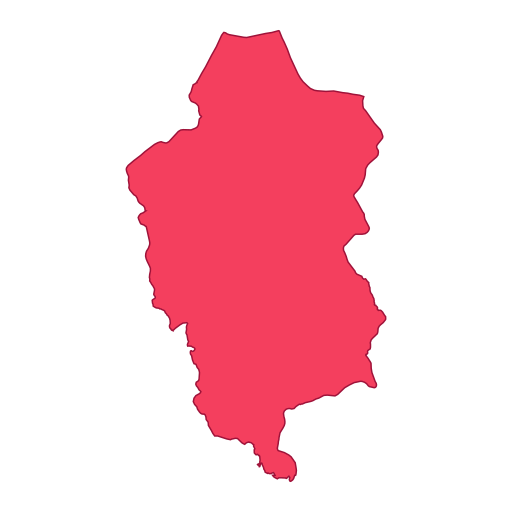 Bam, Bam, Burkina Faso
{"feature_id": "67063806B14953893434288", "entity_name": "Bam", "entity_type": "district", "adm_level": 2, "iso_a3": "BFA", "parent_name": "Burkina Faso", "parent_adm1": "Bam", "projection": "natural_earth1", "projection_center": [-1.611, 13.44], "detail": "fine", "context": "isolated", "style": "filled", "palette": "rose", "viewbox_px": 512, "rotation_deg": 0, "n_neighbors": 0, "source": "geoboundaries", "source_scale": "gbopen_adm2", "svg_char_len": 6087}
<svg xmlns="http://www.w3.org/2000/svg" viewBox="0 0 512 512"><path d="M128.9,187.8L129.9,190.1L133.8,194.7L135.8,195.9L137.2,198.1L138.1,201.0L138.8,202.1L139.9,203.3L143.5,205.8L144.4,207.1L144.8,208.0L145.2,210.8L145.8,210.9L143.1,212.8L140.8,213.7L139.9,214.6L139.0,215.8L138.2,217.5L138.7,219.3L140.1,222.6L140.9,223.9L144.1,225.1L145.7,226.4L146.1,226.4L146.3,226.8L149.5,241.1L149.8,243.0L149.6,244.9L148.4,248.2L146.5,251.2L145.8,253.6L145.6,256.2L146.2,258.8L147.3,261.5L149.5,266.0L150.4,268.2L150.4,271.0L149.7,274.4L149.4,277.4L149.8,279.0L149.7,281.0L150.5,282.1L151.9,284.6L152.7,285.5L154.5,288.8L154.5,290.3L153.8,294.0L153.8,294.5L154.3,295.5L155.2,296.6L155.3,297.6L155.1,298.1L152.5,299.9L152.2,300.3L152.5,303.1L153.1,304.5L153.2,306.1L154.5,307.0L156.2,307.9L158.9,308.2L159.8,308.9L160.8,308.9L161.8,309.5L163.9,310.4L164.7,311.1L165.3,312.7L166.5,313.9L167.1,315.1L168.1,315.8L169.5,318.1L170.1,320.3L170.3,323.5L169.5,325.5L169.5,326.8L169.9,328.0L170.9,329.0L171.1,329.6L171.9,330.3L173.0,330.7L172.9,330.1L173.7,329.9L175.2,328.4L180.0,324.8L182.9,323.1L186.8,322.7L187.2,323.0L187.6,323.6L186.8,325.4L186.4,327.0L186.6,329.3L186.0,332.8L186.2,333.5L187.0,335.0L187.8,339.9L188.6,341.4L187.5,344.2L187.4,345.0L187.7,346.1L188.5,346.0L191.3,346.2L192.6,347.1L193.7,347.5L194.5,348.0L194.9,348.7L194.9,349.2L194.3,350.3L193.5,351.1L192.6,351.4L192.1,351.3L191.3,350.7L190.9,350.8L190.5,351.2L190.3,352.1L190.4,353.4L190.6,354.2L191.6,355.7L192.5,360.0L194.0,363.7L196.0,364.3L197.2,367.5L198.6,369.2L199.2,371.0L199.5,372.7L199.1,378.7L198.8,380.1L197.7,381.4L196.4,382.1L196.1,382.8L195.8,384.1L196.4,385.8L197.8,387.5L199.1,389.9L200.2,390.8L200.9,391.7L200.4,392.7L199.5,393.6L195.9,395.6L194.0,398.2L193.3,401.6L194.6,404.4L196.8,406.8L197.6,409.3L199.5,412.0L200.7,413.3L202.0,414.0L204.4,414.2L205.0,414.7L205.9,416.7L206.2,419.6L207.9,421.8L208.2,422.6L208.4,425.4L211.5,430.7L212.8,433.3L214.7,436.0L217.7,436.0L226.7,438.9L230.5,439.7L231.6,439.1L235.4,438.3L237.5,438.5L241.9,442.8L243.4,443.7L244.7,444.3L246.5,442.7L248.9,442.0L249.2,442.3L250.8,442.6L251.5,442.9L253.1,444.4L253.7,444.6L253.6,446.2L254.8,448.7L254.6,449.3L254.2,449.8L254.3,452.7L254.4,453.1L255.9,454.7L256.7,454.7L257.2,454.3L257.7,454.4L258.7,455.6L259.3,455.5L259.7,456.3L260.1,460.1L259.8,461.8L259.9,463.1L259.3,463.4L258.8,463.9L257.9,464.2L257.5,464.5L257.7,464.9L258.7,465.2L259.3,466.7L259.8,466.5L260.4,464.3L261.3,463.2L261.7,463.1L262.0,463.4L262.2,464.6L263.5,467.4L263.9,469.2L264.7,470.4L265.2,472.2L267.5,473.4L268.0,473.0L269.2,473.6L270.4,473.7L273.3,472.6L274.0,473.3L275.0,475.3L272.6,475.3L273.6,476.7L275.1,477.7L277.3,478.8L278.8,477.8L281.7,477.8L285.7,478.0L286.1,478.4L286.5,478.4L288.9,476.2L289.8,477.5L289.3,479.5L289.7,480.8L290.3,481.3L291.1,481.1L292.6,480.0L293.6,478.6L294.7,475.3L295.6,475.3L296.0,474.0L296.4,470.4L296.0,467.4L295.2,462.7L291.1,456.8L288.8,455.0L284.4,452.6L278.2,450.6L277.8,450.0L277.3,448.4L278.2,443.6L278.4,441.4L278.9,439.3L279.0,437.7L280.0,432.8L283.0,427.9L284.2,425.6L284.8,423.6L284.9,421.7L284.6,419.1L283.9,416.6L283.5,413.5L283.8,412.2L284.4,410.9L286.2,409.2L288.0,408.6L289.7,408.5L291.7,409.0L294.1,408.5L296.0,406.5L299.3,404.2L300.3,404.5L301.4,404.0L302.4,404.0L305.2,402.7L310.8,401.4L312.8,400.7L315.9,399.0L318.8,398.1L323.8,395.4L327.3,395.1L335.0,395.9L337.7,394.4L344.7,387.7L349.5,384.9L354.2,382.6L360.4,381.3L362.1,381.4L364.6,382.3L366.6,383.7L368.3,385.8L369.4,386.6L374.2,387.7L374.8,387.6L375.6,387.2L376.3,386.1L376.5,384.9L376.2,383.3L375.1,381.4L371.9,372.5L371.2,368.2L371.0,363.2L370.3,361.9L367.9,358.1L365.8,355.4L365.8,354.7L366.1,354.3L366.5,354.5L367.6,353.4L367.7,352.9L367.5,351.5L367.8,350.6L369.0,349.6L369.7,349.4L370.2,348.7L370.5,347.2L370.5,343.7L370.2,343.0L371.1,340.0L372.4,338.4L377.3,333.7L377.8,331.9L378.1,328.3L379.1,326.3L380.5,324.8L383.2,322.6L385.4,319.8L385.7,319.1L385.6,316.6L384.6,315.4L382.6,312.1L381.1,310.6L380.3,310.2L378.4,310.4L378.1,309.8L377.5,309.6L377.2,309.0L377.5,308.5L377.5,307.6L377.0,306.7L376.2,306.1L375.7,305.2L374.7,305.1L374.4,304.7L374.6,303.1L374.0,301.8L374.2,301.0L373.8,298.5L372.9,296.9L372.3,295.1L370.8,293.0L370.3,291.6L370.0,290.1L369.9,287.5L369.2,286.2L369.1,285.1L368.7,284.0L368.8,282.7L367.1,281.0L366.0,279.3L365.4,278.8L363.8,279.2L362.5,278.0L361.8,276.3L356.9,274.2L355.8,273.0L355.4,272.4L355.0,271.2L348.1,262.1L347.1,259.5L346.2,256.4L344.7,252.7L343.6,250.5L343.4,248.7L343.5,247.4L344.0,246.0L346.1,244.2L353.9,235.3L355.6,234.2L362.1,234.2L365.1,233.7L367.1,232.4L368.4,230.9L369.1,229.4L369.3,228.1L368.8,226.7L364.9,219.3L364.3,216.3L364.2,214.4L363.7,213.2L362.7,212.0L357.7,202.8L355.3,198.9L353.9,196.5L353.7,195.2L354.5,193.7L357.2,190.9L359.5,188.2L361.6,185.0L364.4,178.2L365.2,174.8L365.7,168.7L366.6,167.0L367.8,164.9L369.7,162.9L376.5,157.0L378.0,154.9L378.4,152.1L378.1,150.2L377.0,148.5L376.6,146.9L376.7,145.7L378.2,143.5L381.5,139.5L382.6,137.9L382.8,136.3L381.4,132.0L380.3,129.7L374.3,123.1L365.6,110.7L363.5,108.4L362.9,105.9L362.6,100.7L363.8,96.6L359.6,95.2L353.0,94.3L347.7,93.2L342.9,92.7L333.7,91.0L326.0,91.4L317.4,90.8L314.4,90.3L310.4,88.5L307.6,86.1L303.0,81.7L300.2,77.9L297.9,73.9L290.4,57.7L287.3,49.2L284.2,42.2L282.1,38.0L279.3,31.0L278.5,30.7L271.9,32.5L265.5,33.5L246.7,37.5L243.8,37.3L229.4,34.7L227.3,34.0L225.7,32.9L223.9,32.4L223.3,33.0L221.6,35.3L216.4,46.7L211.4,55.6L205.6,66.8L201.8,73.2L198.0,80.3L196.9,81.7L197.1,82.6L196.0,83.0L194.6,84.1L193.2,84.7L191.9,88.8L191.3,91.3L190.7,92.6L189.2,95.1L189.3,97.3L190.7,100.5L191.7,101.5L195.3,103.0L196.6,104.0L198.4,106.0L198.9,109.2L198.7,110.8L199.6,114.2L199.9,115.1L201.3,116.2L201.5,116.6L199.3,119.1L198.6,123.8L198.2,125.4L197.1,127.1L195.4,128.2L191.1,129.9L183.3,129.7L180.8,130.0L178.3,131.5L169.0,141.6L166.9,142.8L165.7,143.0L162.6,142.3L161.5,141.8L160.2,141.9L157.8,142.7L154.5,144.4L145.0,151.6L140.7,155.4L134.0,160.5L128.2,165.4L126.7,167.6L126.4,168.5L126.3,169.5L126.6,171.2L127.3,173.4L128.5,175.9L128.7,177.0L128.4,180.3L129.2,185.1L128.9,187.8Z" fill="#f43f5e" stroke="#9f1239" stroke-width="1.5"/></svg>